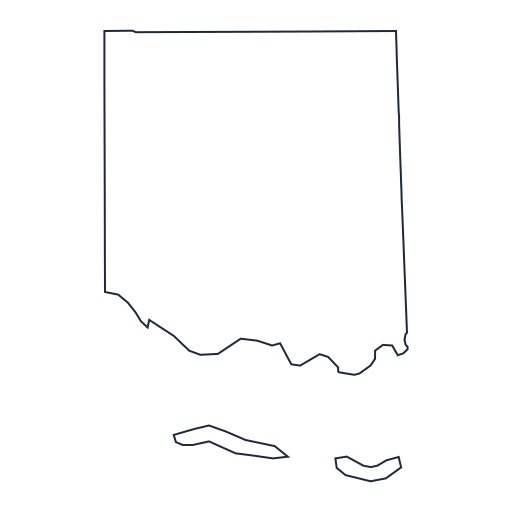 outline of Jackson, Mississippi, United States of America
{"feature_id": "52423323B10934602069357", "entity_name": "Jackson", "entity_type": "district", "adm_level": 2, "iso_a3": "USA", "parent_name": "United States of America", "parent_adm1": "Mississippi", "projection": "equal_earth", "projection_center": [-88.578, 30.463], "detail": "fine", "context": "isolated", "style": "outline", "palette": "slate", "viewbox_px": 512, "rotation_deg": 0, "n_neighbors": 0, "source": "geoboundaries", "source_scale": "gbopen_adm2", "svg_char_len": 1256}
<svg xmlns="http://www.w3.org/2000/svg" viewBox="0 0 512 512"><path d="M104.4,31.0L104.4,79.0L104.7,174.8L104.9,262.9L105.0,292.0L118.2,294.6L128.0,302.8L135.5,312.3L140.8,321.1L147.6,327.5L149.2,319.9L173.9,336.0L187.9,349.4L189.2,350.7L200.4,354.8L217.9,353.9L240.7,338.7L256.8,340.6L257.0,340.6L272.1,345.5L280.1,343.3L291.3,364.3L300.1,365.6L319.6,354.2L328.1,356.9L338.1,367.4L338.2,371.5L339.0,372.3L354.3,374.8L359.4,373.5L370.6,365.5L375.0,358.9L375.1,350.6L382.9,344.9L392.2,345.5L397.7,355.2L403.2,353.4L407.6,349.3L407.5,346.7L405.7,344.8L404.5,339.9L405.6,334.1L407.0,332.7L402.4,216.1L401.6,197.8L401.4,189.3L401.3,187.9L400.9,175.7L400.0,151.1L399.1,124.0L399.1,116.6L398.7,112.2L397.8,86.1L396.7,55.1L396.6,49.7L396.1,35.3L396.1,34.2L396.0,31.0L312.4,31.5L242.5,31.8L135.8,32.2L132.5,30.7L104.4,31.0ZM173.7,434.9L175.9,442.1L182.8,445.0L192.6,445.0L209.0,441.4L235.7,453.4L237.9,453.6L252.7,455.5L273.1,458.4L287.9,456.7L274.7,446.1L245.5,440.0L238.2,436.8L225.3,431.3L209.0,425.5L195.4,428.7L173.7,434.9ZM335.4,458.4L336.7,467.9L345.5,475.1L370.7,481.3L374.0,480.6L385.8,478.4L401.1,467.4L398.7,457.0L386.4,460.3L377.3,465.7L373.6,466.5L371.0,467.1L363.4,465.7L346.8,456.6L335.4,458.4Z" fill="none" stroke="#1e293b" stroke-width="2"/></svg>